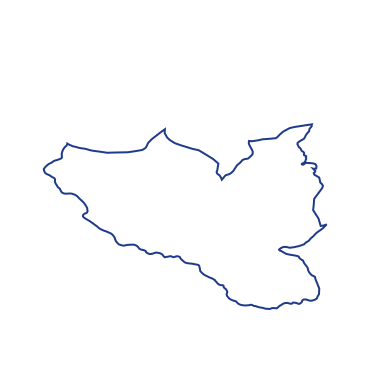 the district of Camocuautla, Puebla, Mexico, rotated 285°
{"feature_id": "50627088B78177110012738", "entity_name": "Camocuautla", "entity_type": "district", "adm_level": 2, "iso_a3": "MEX", "parent_name": "Mexico", "parent_adm1": "Puebla", "projection": "equal_earth", "projection_center": [-97.753, 20.035], "detail": "fine", "context": "isolated", "style": "outline", "palette": "blue", "viewbox_px": 384, "rotation_deg": 285, "n_neighbors": 0, "source": "geoboundaries", "source_scale": "gbopen_adm2", "svg_char_len": 5366}
<svg xmlns="http://www.w3.org/2000/svg" viewBox="0 0 384 384"><g transform="rotate(285 192 192)"><path d="M121.1,167.3L121.5,168.3L122.1,169.7L123.2,171.3L124.2,172.9L124.5,175.4L124.5,177.3L124.0,179.4L122.7,181.1L121.9,182.4L122.3,183.4L122.8,184.3L123.3,185.6L124.1,186.9L124.5,188.2L124.2,190.8L124.7,192.0L125.4,192.8L126.2,194.4L126.2,196.1L125.9,197.3L124.7,198.2L123.4,200.6L122.7,202.1L122.1,203.3L122.0,205.5L122.4,208.4L122.8,211.0L123.0,214.1L123.2,217.0L122.6,218.0L120.8,219.0L117.6,220.6L116.0,223.4L115.1,225.5L114.6,228.0L114.0,230.9L113.9,232.3L113.6,234.2L113.0,236.2L112.7,237.1L111.9,237.9L111.3,239.1L110.6,239.9L110.1,240.9L109.5,242.3L109.5,243.2L109.6,244.6L109.9,245.8L109.6,246.7L108.2,247.3L107.7,248.1L107.3,249.0L106.7,250.2L105.0,251.8L104.4,252.0L103.2,251.9L102.4,251.9L101.6,252.1L100.7,252.8L99.4,254.5L98.6,255.8L98.1,257.8L97.8,260.2L97.8,262.4L96.9,264.2L96.0,265.8L95.7,267.4L95.6,269.1L96.2,273.0L97.0,275.2L97.5,276.6L98.0,277.5L98.4,278.2L98.4,279.3L98.3,280.0L98.0,281.0L98.0,281.8L98.3,282.9L98.2,283.8L98.1,284.6L98.0,285.4L98.1,287.6L98.4,290.0L98.3,293.2L98.9,296.2L99.1,297.3L100.3,299.0L101.0,300.6L101.4,303.1L101.7,304.1L102.6,304.7L103.8,305.5L104.9,306.3L105.7,307.2L107.2,308.5L108.2,309.6L109.0,311.1L109.6,313.0L109.5,314.7L109.7,317.0L111.4,318.4L111.6,319.5L111.8,321.3L111.6,323.0L111.6,324.5L113.1,325.9L114.1,326.5L115.8,326.6L116.9,327.5L117.5,329.0L117.7,330.9L117.5,333.8L118.0,335.7L119.2,337.8L120.2,339.0L121.4,340.1L123.6,340.4L126.2,341.1L128.9,340.5L131.4,340.0L132.9,339.1L133.8,338.2L135.5,337.1L137.5,335.5L139.5,334.0L141.9,332.7L142.2,331.3L142.7,328.9L144.7,326.0L146.4,324.5L148.6,323.4L150.1,321.7L152.0,319.1L153.0,318.1L154.5,317.0L154.9,315.4L155.8,313.2L157.3,311.6L157.4,309.7L157.2,306.7L156.8,302.9L156.6,299.1L157.1,297.0L158.0,293.9L158.2,291.8L159.0,291.0L160.5,292.1L162.5,294.3L163.4,297.4L163.4,300.7L164.9,304.4L166.1,306.7L167.2,308.9L168.8,311.4L170.5,313.8L172.8,315.2L174.9,317.3L178.0,318.8L180.8,320.7L184.7,322.8L190.8,327.8L195.6,330.5L193.6,327.6L192.5,325.1L199.2,321.0L203.8,315.9L204.6,315.1L205.8,313.7L208.6,313.3L211.1,312.9L214.7,312.2L217.0,311.8L229.7,316.8L231.2,316.8L231.8,316.9L232.3,316.5L233.3,315.5L233.6,314.7L234.6,313.2L235.4,313.0L238.9,311.1L240.4,305.7L241.7,304.7L242.9,305.5L244.1,305.7L245.9,302.9L245.9,303.4L246.8,305.9L249.1,305.6L250.8,304.2L251.0,302.1L250.8,300.1L249.6,294.2L247.9,293.0L247.3,292.5L247.1,291.9L247.1,291.1L247.5,290.8L247.9,291.0L248.4,291.6L248.9,292.5L249.1,292.8L249.9,292.9L250.7,293.5L251.4,293.6L251.8,293.5L252.7,293.5L253.3,293.7L254.1,293.6L254.9,293.0L255.6,293.2L256.1,292.9L256.4,292.4L256.4,291.4L256.6,290.7L257.3,290.4L258.7,290.2L259.3,289.6L259.7,288.6L260.1,287.3L260.7,286.8L260.9,286.6L261.7,285.9L262.4,285.1L263.0,283.6L264.2,282.6L264.7,282.1L265.6,281.4L266.4,281.4L266.7,281.3L268.4,282.4L269.3,283.3L270.0,284.0L270.6,284.5L271.5,285.5L272.5,286.4L274.5,287.0L276.2,287.2L277.2,287.6L278.1,287.9L278.5,288.1L278.9,288.3L279.8,288.7L280.6,289.3L282.0,289.3L282.7,289.2L283.4,289.2L284.2,289.5L285.0,289.9L285.8,290.3L286.4,290.6L286.8,290.4L287.4,290.2L288.4,290.3L284.8,282.0L283.2,278.4L281.3,274.1L279.0,269.8L273.9,264.4L270.3,262.0L267.1,260.2L265.7,259.1L264.6,256.2L262.6,250.7L261.2,246.6L258.9,242.2L256.5,236.6L256.1,233.9L254.6,234.0L253.1,234.6L250.7,236.6L248.8,238.6L246.6,240.3L244.0,240.7L241.0,239.0L238.7,237.4L237.6,234.7L236.1,232.6L233.1,231.1L229.5,228.6L222.9,226.4L220.5,224.9L219.0,223.5L216.8,220.1L211.6,217.6L213.2,216.4L214.6,215.0L215.2,214.3L215.6,213.2L216.0,212.1L216.8,211.1L217.7,210.6L219.3,210.8L223.4,210.4L226.3,210.1L229.3,203.9L232.7,192.6L234.1,187.5L233.8,181.2L234.2,170.1L234.7,162.9L236.5,157.0L238.2,153.9L241.9,150.3L245.6,149.6L242.0,146.6L232.8,139.6L228.1,136.9L224.9,136.4L222.4,135.7L219.7,133.0L216.7,126.5L213.8,119.8L209.0,103.3L208.0,100.2L206.9,90.8L206.3,86.6L206.0,83.2L206.1,78.3L205.9,76.0L205.6,73.8L205.4,71.5L205.5,68.4L205.3,65.1L205.6,63.4L206.0,60.9L206.5,59.0L205.8,59.1L204.2,58.8L203.1,57.9L201.8,57.3L200.5,56.8L199.2,56.4L198.0,56.3L196.2,56.2L194.7,56.4L193.3,56.9L192.0,57.4L190.9,57.2L190.2,56.5L189.5,55.6L188.1,53.6L186.9,51.5L186.1,50.5L185.0,49.5L183.7,48.5L182.1,46.5L180.1,45.0L177.9,43.7L175.8,42.9L174.4,43.5L173.3,44.4L172.2,45.5L171.8,46.8L171.5,48.6L171.2,50.4L170.7,51.8L170.3,52.8L170.2,53.1L170.0,54.6L169.5,55.8L168.7,56.5L167.6,56.7L167.0,56.7L166.3,57.1L165.5,57.6L164.9,58.1L164.1,58.9L163.3,60.0L162.4,60.6L161.8,61.6L161.3,62.7L160.9,63.5L160.2,64.1L158.9,65.2L157.8,66.6L157.5,68.1L157.5,69.6L157.9,71.2L158.5,73.0L159.0,74.6L159.3,76.4L159.2,78.1L159.0,80.0L158.1,82.4L156.5,85.0L155.2,87.5L153.8,90.0L151.9,92.4L149.3,95.0L148.1,95.3L147.4,95.6L146.6,96.1L144.9,95.9L144.2,95.2L143.9,94.8L143.5,94.2L143.0,93.6L142.4,93.2L141.6,92.8L140.8,92.8L140.1,93.1L139.5,93.9L138.9,95.4L137.5,100.4L135.6,105.6L134.6,108.1L133.9,109.8L132.8,112.0L132.2,114.7L131.9,116.6L131.7,119.4L131.3,122.2L131.0,124.2L130.4,125.8L129.6,127.1L128.4,128.6L127.7,129.3L126.8,129.8L125.9,130.4L124.8,131.2L123.8,132.7L123.2,133.6L122.5,134.9L122.3,137.6L122.5,140.0L124.2,143.3L125.4,147.0L125.8,148.5L126.1,149.7L126.0,151.3L125.7,152.5L125.0,154.1L124.1,155.1L123.6,155.9L123.2,157.6L123.3,159.3L123.3,161.5L122.8,162.8L121.9,163.3L121.3,165.2L121.1,167.3Z" fill="none" stroke="#1e3a8a" stroke-width="2"/></g></svg>